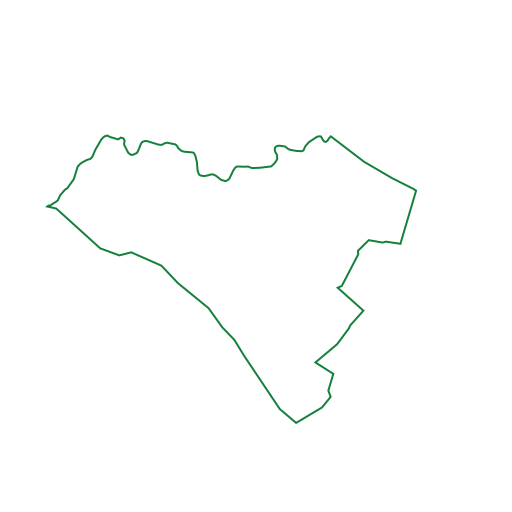 Northampton, Pennsylvania, United States of America (Albers equal-area conic projection), rotated 247°
{"feature_id": "52423323B75013060921625", "entity_name": "Northampton", "entity_type": "district", "adm_level": 2, "iso_a3": "USA", "parent_name": "United States of America", "parent_adm1": "Pennsylvania", "projection": "albers", "projection_center": [-75.208, 40.753], "detail": "fine", "context": "isolated", "style": "outline", "palette": "green", "viewbox_px": 512, "rotation_deg": 247, "n_neighbors": 0, "source": "geoboundaries", "source_scale": "gbopen_adm2", "svg_char_len": 1846}
<svg xmlns="http://www.w3.org/2000/svg" viewBox="0 0 512 512"><g transform="rotate(247 256 256)"><path d="M253.6,428.9L256.0,427.3L274.6,411.6L300.5,392.3L336.9,371.6L335.8,369.2L334.1,366.7L333.8,364.7L334.5,363.7L336.2,363.0L340.6,362.5L341.4,361.2L341.9,358.7L340.1,349.1L337.8,344.4L334.6,340.9L334.6,339.0L336.9,334.3L340.5,328.8L342.2,327.3L345.4,325.6L348.6,320.3L349.0,317.8L348.5,316.1L346.7,314.8L344.3,314.4L340.6,314.8L336.8,313.3L334.4,309.9L332.5,305.1L335.7,294.1L338.3,287.1L339.3,285.8L339.4,285.6L341.3,283.9L343.2,279.1L345.5,274.3L345.8,273.0L345.4,271.3L343.5,268.4L337.7,261.8L337.1,260.5L336.8,258.1L337.0,256.9L339.9,253.5L345.2,250.7L347.6,248.7L348.6,246.8L349.0,243.2L349.7,239.8L351.1,237.3L352.2,236.0L353.4,235.4L357.0,235.5L365.6,238.3L371.9,239.3L374.7,239.1L375.4,238.9L376.5,237.4L379.9,230.9L381.6,228.7L385.4,226.6L388.7,226.2L390.4,225.2L395.1,218.3L395.5,215.7L395.1,213.7L395.4,212.0L396.6,209.8L397.9,208.3L404.4,200.5L405.3,198.5L405.4,195.8L404.3,194.0L398.6,188.3L397.4,186.6L397.2,182.3L398.1,180.3L401.0,178.7L409.7,178.1L411.6,178.8L413.2,180.1L416.1,179.9L417.8,177.8L417.2,174.7L422.6,168.1L425.0,166.2L425.3,163.5L424.9,161.8L423.6,159.0L416.4,149.4L411.3,144.2L410.1,141.4L410.5,137.8L410.0,132.3L409.4,130.0L408.0,126.8L398.2,118.6L396.8,116.5L392.1,108.8L391.7,106.1L388.4,99.4L384.7,95.4L384.0,92.8L383.4,88.5L383.1,87.7L382.9,86.6L383.5,84.6L383.1,83.2L377.7,90.7L323.9,115.6L310.0,130.4L308.1,142.6L284.0,165.2L261.6,173.5L226.4,192.0L203.4,197.1L187.3,203.3L168.6,206.1L105.8,218.1L86.7,227.7L90.8,257.6L97.2,269.7L103.8,270.0L117.3,281.1L134.8,269.1L143.1,296.2L153.0,313.1L155.4,315.8L163.7,333.5L173.1,329.1L185.8,323.1L194.8,318.8L195.0,323.4L217.6,350.8L220.9,351.8L226.5,366.0L218.9,377.8L218.5,381.1L210.8,393.7L253.6,428.9Z" fill="none" stroke="#15803d" stroke-width="2"/></g></svg>